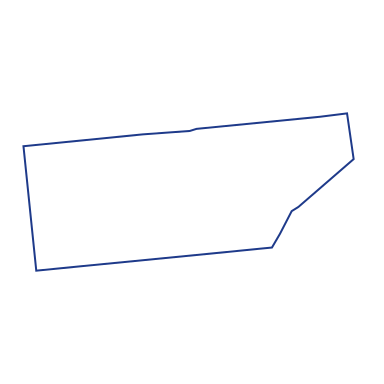 the district of Abour, Al Qalyubiyah, Egypt, rotated 265°
{"feature_id": "37247803B53826434992934", "entity_name": "Abour", "entity_type": "district", "adm_level": 2, "iso_a3": "EGY", "parent_name": "Egypt", "parent_adm1": "Al Qalyubiyah", "projection": "equal_earth", "projection_center": [31.446, 30.221], "detail": "fine", "context": "isolated", "style": "outline", "palette": "blue", "viewbox_px": 384, "rotation_deg": 265, "n_neighbors": 0, "source": "geoboundaries", "source_scale": "gbopen_adm2", "svg_char_len": 403}
<svg xmlns="http://www.w3.org/2000/svg" viewBox="0 0 384 384"><g transform="rotate(265 192 192)"><path d="M256.8,353.3L255.8,326.1L254.5,202.0L253.0,195.1L253.7,147.8L252.3,28.1L127.2,30.0L127.7,74.1L129.2,221.7L129.2,221.8L129.6,255.1L129.7,266.8L142.7,276.0L164.2,289.6L164.5,290.1L164.6,290.3L165.0,291.1L167.8,296.6L210.7,355.9L256.8,353.3Z" fill="none" stroke="#1e3a8a" stroke-width="2"/></g></svg>